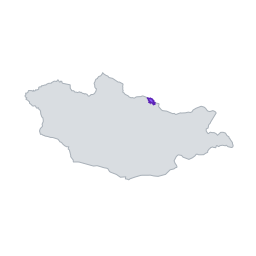 Altanbulag, Selenge, Mongolia shown in context, rotated 8°
{"feature_id": "93677404B4874653776406", "entity_name": "Altanbulag", "entity_type": "district", "adm_level": 2, "iso_a3": "MNG", "parent_name": "Mongolia", "parent_adm1": "Selenge", "projection": "mercator", "projection_center": [106.819, 50.071], "detail": "fine", "context": "in_parent", "style": "filled", "palette": "violet", "viewbox_px": 256, "rotation_deg": 8, "n_neighbors": 0, "source": "geoboundaries", "source_scale": "gbopen_adm2", "svg_char_len": 4420}
<svg xmlns="http://www.w3.org/2000/svg" viewBox="0 0 256 256"><g transform="rotate(8 128 128)"><path d="M21.9,107.7L22.7,107.6L23.9,106.7L24.1,105.4L24.4,104.7L27.4,104.4L28.7,104.8L28.9,104.0L29.1,103.8L29.8,104.5L30.5,104.2L31.0,103.9L31.4,102.9L32.4,103.1L34.1,102.0L34.0,100.1L34.7,99.6L36.3,99.3L36.4,98.4L36.8,98.1L37.9,97.9L39.8,96.9L40.7,96.8L41.4,95.9L43.2,94.8L45.8,94.3L46.0,93.7L48.4,91.9L50.9,91.8L51.6,90.3L52.0,90.1L53.8,92.0L54.6,91.7L54.8,91.0L55.9,91.0L56.4,92.3L57.0,92.8L64.6,93.3L64.8,93.8L65.3,96.8L66.7,98.2L67.0,98.9L69.1,98.7L70.3,99.8L72.1,99.7L73.0,100.0L74.8,99.0L75.2,99.0L75.7,99.5L76.6,99.1L78.3,100.1L79.5,99.9L80.1,100.4L80.9,100.0L82.7,100.3L84.2,101.9L85.2,101.8L86.4,100.7L86.7,100.0L88.5,99.7L89.5,99.0L90.1,98.3L91.1,96.0L91.3,93.6L90.4,93.2L89.6,92.4L89.2,91.1L89.1,90.2L88.3,88.8L88.3,88.1L88.8,86.9L89.1,85.0L89.7,83.9L90.9,83.3L91.0,82.6L91.8,81.1L93.7,80.2L94.7,78.5L95.3,76.8L96.3,77.7L98.8,78.9L100.8,79.4L102.2,80.7L105.8,81.0L111.8,83.9L113.1,83.7L116.7,85.0L117.0,85.4L116.9,87.6L117.2,88.2L117.4,90.5L118.0,91.6L117.8,93.0L118.2,93.5L119.0,93.7L120.5,95.1L123.6,96.1L124.6,97.0L126.8,97.7L127.9,97.3L129.7,97.5L130.4,97.4L131.5,96.3L132.3,95.9L136.4,95.1L137.6,94.3L138.4,94.2L141.6,94.9L143.9,96.0L147.2,95.9L148.7,97.1L149.3,98.2L150.6,99.2L155.1,99.6L155.4,99.9L155.3,102.3L155.5,102.7L158.4,105.3L159.8,106.0L163.9,105.9L170.3,107.6L171.8,107.1L173.1,107.9L173.7,107.9L177.8,105.7L178.4,105.8L182.7,105.0L185.5,103.9L187.6,104.0L189.2,103.0L189.9,101.2L192.6,99.0L197.4,96.3L200.4,96.7L202.1,97.7L203.9,99.6L204.9,100.2L206.8,100.3L209.6,99.0L211.0,99.3L212.4,99.9L213.2,100.9L208.9,110.9L208.9,111.5L207.5,113.6L207.3,116.9L205.6,118.0L205.8,119.9L206.2,120.6L208.0,122.4L208.7,122.2L209.2,121.4L210.2,120.7L212.1,120.9L213.8,120.6L215.8,121.2L217.7,122.7L220.4,119.4L222.9,119.0L225.3,119.5L227.0,121.7L229.1,122.7L229.7,124.0L230.5,124.5L230.8,125.1L233.3,127.7L233.8,129.3L234.5,130.5L234.5,131.7L234.3,132.3L233.3,132.9L229.7,132.6L227.6,131.4L226.8,132.1L224.0,131.9L222.4,132.4L221.4,132.8L220.7,133.6L220.3,133.8L219.8,133.7L219.0,133.1L218.2,133.1L218.0,133.3L217.6,135.3L215.2,135.3L214.4,135.0L212.4,136.0L212.1,136.8L211.1,137.8L210.1,139.8L210.3,140.7L210.0,141.2L208.3,142.3L206.6,143.9L203.2,144.5L201.6,144.7L200.4,144.3L199.2,144.5L198.2,146.3L196.0,148.5L192.7,150.6L186.9,149.3L186.2,149.0L184.9,147.7L181.5,147.6L180.6,148.5L179.7,149.8L178.2,154.1L179.6,156.5L181.1,158.1L181.8,159.2L181.8,160.2L180.7,160.6L179.2,162.1L175.6,163.5L171.6,168.7L164.6,171.7L160.3,171.9L156.8,171.6L147.5,173.0L141.6,175.7L137.1,178.0L136.2,179.0L135.7,179.2L134.9,178.8L132.5,178.7L132.5,176.7L127.3,177.8L123.0,175.6L117.0,174.2L115.8,173.7L113.7,171.1L112.6,170.8L109.9,170.7L102.6,169.6L99.2,170.5L84.2,168.5L78.7,169.2L78.5,168.9L78.2,167.3L75.6,164.8L75.2,164.1L75.1,163.1L73.0,157.9L71.7,157.1L71.9,154.9L69.9,155.1L67.6,154.3L65.3,152.7L64.2,151.5L62.6,151.2L60.6,149.1L59.7,148.7L54.9,147.9L52.5,148.1L49.9,147.6L46.9,147.5L46.0,147.0L45.1,147.1L43.4,146.2L42.2,146.4L40.8,143.3L41.1,141.3L41.7,140.1L43.0,138.4L43.0,137.8L42.4,136.2L43.2,133.3L42.9,131.6L42.2,129.6L41.2,129.1L39.7,126.3L39.2,124.2L38.6,122.7L37.1,121.8L36.6,120.5L36.1,120.4L35.8,120.9L34.9,121.0L34.0,120.2L33.5,119.3L33.0,119.0L32.0,119.1L31.1,119.5L30.1,119.3L29.2,118.4L27.0,117.1L26.9,116.2L26.6,115.5L25.9,115.3L25.2,114.6L23.0,113.8L23.0,113.3L23.6,112.3L22.0,111.4L21.5,110.5L22.3,109.3L21.9,108.5L21.9,107.7Z" fill="#d9dde1" stroke="#a8b0b8" stroke-width="1"/><path d="M151.1,99.1L150.9,99.1L150.7,99.2L150.4,99.1L150.3,98.9L150.3,99.0L150.2,99.0L150.2,98.9L150.0,98.7L149.9,98.6L149.7,98.6L149.7,98.4L149.6,98.5L149.6,98.4L149.6,98.2L149.4,98.2L149.4,97.9L149.3,97.7L149.2,97.7L149.1,97.4L149.1,97.2L148.9,96.9L148.2,96.4L147.9,96.0L147.7,95.9L147.4,95.9L146.6,95.7L146.4,95.6L146.2,95.7L145.9,95.5L145.7,95.8L145.4,95.9L145.2,95.8L144.9,95.8L144.6,95.9L144.6,96.0L144.4,96.0L144.2,96.0L144.1,95.9L143.8,95.8L143.8,95.7L143.7,95.7L143.4,95.6L143.2,95.6L143.2,95.8L143.3,95.9L143.3,96.0L143.4,96.3L143.3,96.5L143.4,96.4L143.7,96.4L143.9,96.5L144.2,96.5L144.2,96.9L144.4,97.5L145.3,98.3L145.5,98.6L145.3,99.1L145.2,99.6L146.2,99.7L146.5,100.1L146.8,99.2L147.0,99.3L147.7,99.7L148.5,99.9L149.3,100.3L149.4,100.7L149.9,100.7L150.1,101.2L150.5,101.0L151.2,100.7L151.1,100.2L151.1,99.8L150.9,99.4L151.1,99.2L151.1,99.1Z" fill="#8b5cf6" stroke="#5b21b6" stroke-width="1.5"/></g></svg>